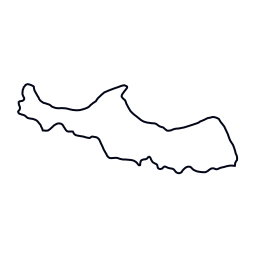 Plateaux, Haut-Ogooué, Gabon (Robinson projection), rotated 93°
{"feature_id": "22940354B6249741247917", "entity_name": "Plateaux", "entity_type": "district", "adm_level": 2, "iso_a3": "GAB", "parent_name": "Gabon", "parent_adm1": "Haut-Ogooué", "projection": "robinson", "projection_center": [14.201, -1.717], "detail": "fine", "context": "isolated", "style": "outline", "palette": "ink", "viewbox_px": 256, "rotation_deg": 93, "n_neighbors": 0, "source": "geoboundaries", "source_scale": "gbopen_adm2", "svg_char_len": 3764}
<svg xmlns="http://www.w3.org/2000/svg" viewBox="0 0 256 256"><g transform="rotate(93 128 128)"><path d="M160.2,19.3L157.3,19.1L155.5,18.3L154.4,17.5L152.9,17.4L151.3,17.6L149.6,18.1L148.1,19.0L145.1,19.9L142.0,21.1L139.3,22.3L136.9,24.1L135.2,25.3L132.4,26.6L128.7,28.1L125.0,30.1L121.4,32.0L118.4,34.6L117.7,35.3L117.1,35.8L114.2,37.8L113.6,39.0L113.0,40.7L112.6,42.4L112.6,44.2L113.3,46.2L113.9,48.8L114.2,49.4L116.3,53.2L117.8,56.4L119.1,58.0L121.5,64.0L123.5,69.3L124.5,72.0L125.8,77.2L126.2,80.2L127.0,82.8L128.1,85.0L128.5,86.8L128.6,88.7L127.8,90.1L126.3,92.0L125.6,92.9L125.3,94.3L124.7,96.6L123.1,99.1L122.4,100.1L122.0,101.9L122.0,104.5L121.5,109.7L120.7,112.8L119.4,115.4L116.5,119.4L113.7,123.4L111.1,126.3L107.7,128.6L105.5,129.9L103.8,130.9L101.3,131.9L100.2,132.7L99.0,134.3L97.9,135.3L97.0,136.0L95.4,135.9L93.6,134.9L92.1,133.9L91.1,133.2L89.3,131.9L87.8,131.0L86.7,131.1L85.9,132.7L85.5,134.2L86.4,137.2L87.4,139.3L88.4,141.8L89.6,144.8L91.4,148.8L92.7,151.5L93.7,153.5L95.9,155.9L97.5,157.4L99.8,159.6L101.3,160.6L103.0,161.5L103.6,162.4L105.1,164.4L107.2,166.7L108.8,168.1L109.9,169.7L110.9,171.9L111.9,174.6L112.7,177.3L113.0,180.6L112.9,183.8L112.4,187.2L111.9,189.4L111.6,191.7L111.6,194.3L111.7,196.6L111.9,198.1L111.9,199.9L111.7,201.6L111.3,203.1L110.7,204.9L110.2,205.7L109.3,206.8L108.7,208.0L108.4,209.2L107.7,211.6L107.3,213.7L105.8,216.2L104.8,217.4L103.4,218.4L102.2,218.9L100.6,220.1L99.3,220.9L98.2,221.6L96.8,222.5L95.7,223.2L93.6,223.9L91.6,224.3L91.1,224.9L90.3,226.8L89.6,229.2L89.5,230.8L90.3,232.5L91.7,233.4L92.7,234.2L94.1,234.6L95.6,235.1L97.7,235.2L99.6,235.2L100.9,234.7L102.3,234.0L103.5,233.2L105.0,233.3L106.3,234.6L106.7,236.1L107.1,237.8L107.9,238.5L109.3,238.4L110.7,238.0L112.3,237.2L113.6,236.9L114.5,237.0L115.4,237.2L116.5,238.1L117.5,238.6L118.5,238.2L119.4,237.3L119.8,235.9L120.1,234.7L120.5,233.0L121.0,231.6L122.0,230.4L122.6,229.6L123.3,228.5L123.5,227.3L123.7,225.9L123.9,223.6L124.2,222.4L124.9,220.3L126.1,218.6L127.4,217.5L129.4,215.6L131.5,214.6L133.2,213.6L134.9,213.0L134.9,211.7L135.0,209.7L134.7,207.9L133.7,206.4L131.7,204.3L129.1,201.8L127.9,199.9L127.2,198.5L127.0,196.9L127.2,195.3L128.0,193.7L129.3,192.8L131.2,191.4L133.5,189.8L134.3,188.7L134.7,187.6L134.6,186.2L134.5,184.8L134.4,183.7L134.5,182.9L135.9,182.0L136.8,181.4L137.8,180.0L138.2,178.2L138.4,176.5L138.7,174.3L138.9,172.0L139.3,170.7L139.5,169.7L139.8,168.2L140.0,166.1L139.7,165.1L138.9,164.4L138.4,163.3L138.5,162.3L138.7,161.1L138.8,159.7L139.1,158.6L139.6,157.7L140.6,156.5L142.0,155.6L144.8,154.2L147.5,152.7L150.6,151.2L152.7,149.9L154.8,148.5L157.1,147.2L158.4,145.8L158.8,144.9L159.0,143.5L158.8,141.7L158.6,140.2L158.4,138.6L158.5,136.9L159.0,135.2L159.4,133.6L159.7,131.5L159.6,128.5L159.7,125.9L159.8,123.7L160.0,121.8L160.5,120.1L161.5,118.3L162.6,117.0L163.8,116.1L164.7,115.0L164.4,114.0L162.7,113.9L160.9,113.7L159.9,113.2L159.3,112.6L158.8,111.4L158.5,110.4L158.3,108.9L157.7,107.6L157.0,107.0L156.1,106.4L155.6,105.3L156.1,104.5L156.9,103.9L158.2,103.3L159.3,102.7L160.5,101.8L161.2,100.9L162.1,99.1L162.7,97.6L163.6,96.8L165.2,96.5L166.6,95.8L167.1,94.8L167.3,93.7L166.8,91.9L166.2,91.3L165.1,90.4L164.6,89.5L164.7,88.4L165.1,87.4L165.5,86.4L165.9,85.2L166.1,83.5L166.4,81.2L167.0,80.1L167.9,79.2L168.9,78.4L169.8,77.3L170.4,75.8L170.5,74.6L169.9,73.0L169.3,72.2L168.1,71.6L166.7,70.6L165.0,68.9L163.9,67.4L163.6,66.4L163.4,65.0L163.6,63.8L164.0,63.0L164.8,62.2L165.9,61.0L166.5,60.0L166.9,59.0L167.5,57.5L167.8,56.1L168.0,54.5L168.2,51.9L168.2,50.1L168.0,48.2L166.8,46.1L165.9,45.2L164.8,43.8L164.1,42.7L163.8,41.1L163.9,39.9L164.3,39.0L164.6,37.7L164.3,36.3L163.4,34.6L162.7,33.0L161.9,30.0L161.0,27.5L160.3,24.5L160.1,22.8L160.2,20.1L160.2,19.3Z" fill="none" stroke="#020617" stroke-width="2"/></g></svg>